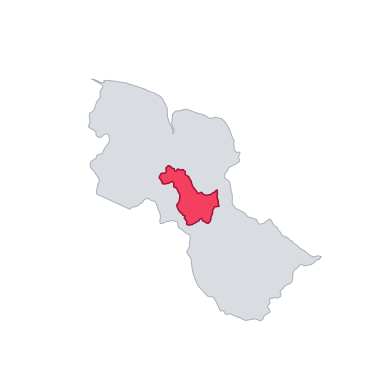 location of VIII-2 Lower Potaro/Ladsm, Potaro-Siparuni, Guyana, rotated 333°
{"feature_id": "73187651B19999842805850", "entity_name": "VIII-2 Lower Potaro/Ladsm", "entity_type": "district", "adm_level": 2, "iso_a3": "GUY", "parent_name": "Guyana", "parent_adm1": "Potaro-Siparuni", "projection": "robinson", "projection_center": [-59.037, 4.863], "detail": "fine", "context": "in_parent", "style": "filled", "palette": "rose", "viewbox_px": 384, "rotation_deg": 333, "n_neighbors": 0, "source": "geoboundaries", "source_scale": "gbopen_adm2", "svg_char_len": 9631}
<svg xmlns="http://www.w3.org/2000/svg" viewBox="0 0 384 384"><g transform="rotate(333 192 192)"><path d="M128.7,179.0L121.3,169.7L113.9,160.3L106.5,151.0L106.1,149.8L109.1,145.4L111.9,142.2L114.2,140.4L115.2,138.8L114.4,132.1L114.5,129.6L113.4,127.0L112.6,124.0L113.6,121.5L114.7,119.8L116.1,119.1L119.5,118.5L121.9,118.3L122.8,117.3L124.2,116.1L126.0,116.1L129.6,116.9L131.3,115.4L134.3,113.3L140.9,109.8L142.4,107.5L143.5,104.0L143.4,102.3L142.7,101.7L141.0,101.1L138.5,101.0L136.5,102.0L134.4,101.5L132.6,99.3L132.5,97.5L133.6,94.9L133.0,93.2L129.6,87.9L129.6,86.4L132.1,84.0L133.4,81.9L135.3,77.0L136.8,75.4L141.5,74.8L142.7,73.8L145.0,71.2L148.5,68.2L153.6,65.8L155.1,61.5L156.0,60.4L160.1,58.1L160.8,56.9L160.7,55.8L154.2,46.2L155.5,46.8L160.5,53.1L163.3,54.5L163.9,54.5L163.9,52.9L166.4,53.6L173.1,57.9L182.7,65.0L196.3,78.5L200.2,83.6L202.8,86.0L206.8,91.9L208.0,94.7L207.9,106.1L204.3,113.9L203.4,119.7L203.2,127.4L201.2,131.8L203.9,129.4L204.8,122.5L207.1,118.2L210.2,113.6L214.3,112.5L218.7,114.4L222.2,114.8L225.3,116.2L231.9,123.6L238.4,129.5L240.8,134.2L247.7,136.6L251.7,140.3L253.0,143.5L253.9,151.9L252.5,164.6L252.9,165.3L251.1,167.8L250.7,169.4L249.5,172.2L248.6,173.7L250.0,177.3L251.5,177.4L252.1,177.9L252.5,178.5L252.4,179.3L251.8,180.0L250.3,180.8L248.9,182.8L249.0,185.1L248.2,186.2L245.3,186.9L239.8,186.9L237.0,187.0L234.9,187.4L233.4,188.9L231.6,189.9L230.2,190.1L228.9,191.8L227.6,194.2L228.1,195.8L229.4,198.0L230.1,200.2L229.1,203.8L228.0,206.6L227.4,208.8L226.5,212.9L224.4,217.4L222.8,219.9L222.8,222.7L223.6,226.7L228.0,232.4L229.4,235.2L230.6,239.6L234.5,243.1L237.0,245.9L236.8,249.6L237.1,250.8L238.7,251.7L240.5,252.4L242.6,252.4L244.4,252.1L244.9,251.5L249.1,251.5L249.6,252.4L249.9,257.8L250.1,259.9L251.1,260.8L251.7,262.1L251.7,263.3L251.9,266.3L252.5,267.9L252.4,271.1L252.9,272.3L254.1,273.1L255.6,275.3L256.1,275.6L256.4,276.4L257.7,279.7L258.3,280.7L258.8,280.8L259.0,282.0L259.9,285.0L260.5,285.8L261.7,288.0L262.2,290.4L263.8,293.2L265.4,295.1L266.1,297.1L268.2,301.6L270.2,304.7L272.9,305.5L275.1,305.9L276.6,307.1L277.9,308.4L276.4,309.0L275.1,309.8L273.3,309.2L270.7,309.5L268.0,310.4L265.5,310.8L260.9,309.5L259.5,309.3L258.5,308.7L256.6,305.9L255.6,305.6L253.2,306.9L250.2,307.8L248.7,307.6L247.0,308.5L245.4,309.7L242.3,315.1L240.7,317.0L239.0,317.9L235.6,317.9L231.9,318.0L229.2,319.3L226.7,320.0L225.4,320.1L224.9,323.0L224.4,324.4L223.6,325.2L221.6,325.4L219.8,325.3L218.7,324.1L216.7,323.5L214.9,323.0L213.8,322.3L212.8,322.5L212.1,323.7L211.4,324.8L210.9,326.7L208.2,327.3L207.0,328.4L207.7,332.0L207.4,333.4L206.8,334.5L203.6,334.7L200.8,334.7L199.2,336.0L197.2,337.6L196.0,337.8L194.5,337.7L192.6,335.9L190.8,333.7L186.2,332.2L181.6,330.9L178.6,327.4L177.9,325.7L176.5,324.9L172.9,320.7L171.0,318.0L168.8,317.3L166.4,316.2L166.5,314.3L166.3,312.4L165.2,311.6L163.8,311.1L163.2,310.1L163.4,307.6L163.7,301.3L163.3,295.3L160.0,293.1L158.6,291.7L156.1,282.8L154.9,278.7L154.8,275.7L155.7,266.8L156.6,263.0L159.1,255.2L160.6,252.6L160.7,250.6L160.5,248.1L159.8,243.1L164.1,240.0L165.9,238.7L166.2,236.6L168.6,233.9L169.6,231.4L170.4,229.4L170.2,228.3L169.2,227.7L168.0,225.8L165.5,220.4L164.6,219.3L163.9,217.7L164.2,215.3L165.2,212.7L165.1,211.6L163.6,210.2L160.5,207.9L158.0,207.7L156.0,206.8L153.1,206.7L150.8,206.5L149.5,205.6L149.8,204.1L150.3,203.0L152.3,200.3L153.6,197.3L153.8,194.5L154.2,190.7L154.7,187.5L155.0,183.8L152.0,181.3L151.0,179.3L149.7,177.6L148.4,177.6L146.3,176.8L143.0,179.1L140.4,178.7L138.6,179.6L134.5,179.4L131.9,178.3L128.7,179.0Z" fill="#d9dde1" stroke="#a8b0b8" stroke-width="1"/><path d="M195.2,170.3L194.8,169.9L194.6,169.4L194.4,168.7L194.3,168.3L194.1,168.1L193.9,167.8L193.6,167.7L193.2,167.5L192.9,167.4L192.6,167.4L192.3,167.4L191.9,167.4L191.6,167.1L191.4,166.9L191.2,166.7L190.8,166.2L190.4,165.6L190.1,165.3L189.7,165.2L189.4,165.1L189.0,165.2L188.7,165.4L188.4,165.7L187.6,166.0L187.3,166.1L187.0,166.0L186.7,165.8L186.4,165.6L186.3,165.1L186.4,164.6L186.4,164.1L186.6,163.7L186.7,163.3L186.6,163.0L186.2,162.7L185.8,162.4L185.5,162.1L185.3,161.8L185.0,161.5L184.8,161.3L184.7,160.9L184.7,160.5L184.8,160.1L184.6,159.8L184.4,159.4L184.1,159.1L183.8,158.8L183.7,158.5L183.5,158.2L183.1,158.0L182.8,157.9L182.5,157.9L182.1,157.9L181.7,158.1L181.3,158.2L180.9,158.4L180.5,158.5L180.0,158.7L179.8,158.9L179.3,159.6L179.3,159.9L179.2,160.3L178.9,160.6L178.8,161.0L178.7,161.4L178.5,161.7L178.4,162.0L178.1,162.3L177.8,162.5L177.5,162.7L177.2,162.8L176.8,162.9L176.4,162.8L176.1,162.8L175.7,162.7L175.3,162.5L174.1,161.8L173.7,161.6L173.3,161.6L172.9,161.6L172.5,161.7L172.2,161.9L171.9,162.2L171.6,162.4L171.3,162.6L170.7,163.0L170.4,163.2L169.8,163.7L169.6,164.0L169.4,164.3L169.3,164.7L169.2,165.1L169.4,165.7L169.5,166.1L169.7,166.4L169.8,166.8L169.8,167.1L169.8,167.5L169.6,168.2L169.7,168.7L169.7,169.1L169.9,169.5L169.9,169.9L169.9,170.3L169.9,170.6L169.5,171.0L169.9,171.4L170.2,171.9L170.5,172.0L170.9,172.2L171.2,172.4L171.6,172.5L172.0,172.7L172.7,172.9L173.1,173.0L173.9,173.1L174.7,173.3L175.1,173.5L175.6,173.6L176.0,173.6L176.7,173.6L177.0,173.6L177.4,173.6L177.8,173.5L178.2,173.4L178.6,173.4L178.9,173.6L179.1,173.8L179.4,174.2L179.6,174.6L179.7,174.9L179.7,175.3L179.6,175.7L179.6,176.1L179.5,176.4L179.4,176.8L179.1,177.2L178.9,177.5L178.7,177.9L178.4,178.3L178.3,178.7L178.2,179.2L178.3,179.6L178.4,179.9L178.7,180.1L179.0,180.3L179.3,180.5L179.6,180.7L179.8,181.1L179.9,181.5L179.9,181.9L180.0,182.2L180.1,182.7L180.1,183.1L179.9,184.1L179.9,184.5L179.9,184.9L179.9,185.4L179.8,186.3L179.9,186.7L179.9,187.2L179.9,188.1L179.8,188.6L179.8,188.9L179.7,189.4L179.6,189.8L179.6,190.2L179.3,190.4L179.0,190.8L178.7,191.2L178.4,191.6L178.2,191.9L178.0,192.3L177.8,192.6L177.5,192.9L177.2,193.2L177.0,193.6L176.8,193.9L176.6,194.3L176.2,194.7L175.8,194.9L175.5,195.1L175.1,195.4L174.6,195.7L174.2,195.8L173.7,195.9L173.3,196.1L173.0,196.4L172.7,196.6L172.4,196.9L172.3,197.3L172.2,197.8L172.1,198.1L172.0,198.7L172.0,199.2L171.9,199.6L171.9,200.0L171.9,200.4L171.9,200.8L171.8,201.2L171.8,201.6L171.9,202.3L172.0,203.5L172.1,203.9L172.4,204.7L172.6,205.4L172.8,205.7L172.7,206.0L173.1,206.2L173.3,206.5L173.5,206.8L173.5,207.2L173.4,207.5L173.3,207.9L173.2,208.4L173.4,208.7L173.7,208.9L174.0,209.0L174.5,209.6L174.7,210.0L174.6,210.3L174.3,210.7L174.1,210.9L173.9,211.1L173.6,211.4L173.4,211.7L173.3,212.0L173.3,212.3L173.5,212.8L173.6,213.1L173.7,213.7L173.8,214.1L173.6,214.5L173.6,214.9L173.8,215.2L173.9,215.6L173.9,216.1L173.9,216.4L173.6,216.8L173.4,217.1L173.1,217.4L172.9,217.7L172.7,218.1L172.7,218.5L172.8,218.9L173.1,219.2L173.4,219.4L174.0,219.9L174.4,220.1L174.7,220.2L175.3,220.5L175.9,220.6L176.3,220.7L176.6,220.9L176.9,221.0L177.3,221.2L177.6,221.2L178.0,221.1L178.4,221.0L179.0,220.9L180.6,221.0L181.0,221.0L181.4,221.0L181.7,220.9L182.0,220.8L182.3,220.7L182.6,220.7L183.0,220.6L183.6,220.8L183.9,220.8L184.3,220.9L184.7,220.9L185.1,220.8L185.4,220.7L185.7,220.4L185.9,220.2L186.5,219.9L186.8,219.7L187.5,219.6L187.8,219.5L188.2,219.7L188.4,220.0L188.4,220.5L188.5,220.8L188.5,221.7L188.6,222.1L188.6,222.6L188.7,222.9L188.9,223.3L189.2,223.6L189.5,223.9L189.7,224.1L190.1,224.9L190.8,226.0L191.0,226.3L191.2,226.6L191.6,226.8L191.9,227.1L192.2,227.1L192.6,227.0L192.9,227.1L193.5,227.0L193.9,226.9L194.2,226.7L194.5,226.4L194.8,226.3L195.1,226.1L195.7,225.5L196.0,225.2L196.5,224.7L196.7,224.4L196.9,224.1L197.0,223.8L197.4,223.2L197.6,222.9L197.9,222.6L198.3,222.4L198.5,222.2L199.2,221.6L199.5,221.3L199.7,221.0L200.0,220.8L200.3,220.5L200.5,220.2L200.8,219.9L201.1,219.6L201.3,219.3L201.4,218.9L201.6,218.6L201.8,218.2L202.2,217.5L202.5,217.3L202.9,217.2L203.6,216.8L203.8,216.6L204.1,216.4L204.4,216.2L204.7,216.0L205.1,215.8L205.4,215.7L205.8,215.6L206.5,215.8L206.8,215.9L207.2,216.1L207.6,216.3L207.9,216.4L208.3,216.6L208.6,216.7L209.0,216.9L209.4,217.0L209.7,216.8L209.7,216.6L209.7,216.3L209.8,215.9L209.8,215.6L209.8,215.2L209.9,214.8L210.1,214.4L210.4,214.1L210.5,213.7L210.6,213.3L210.8,213.0L211.0,212.5L211.2,212.2L211.4,211.8L211.4,211.4L211.4,211.0L211.5,210.6L211.8,209.7L211.7,209.2L211.7,208.8L211.9,208.4L212.1,208.0L212.5,207.2L212.8,206.8L213.2,206.1L213.5,205.6L213.7,205.2L213.9,204.8L214.1,204.5L214.5,203.7L214.8,203.4L214.9,203.1L215.0,202.7L215.1,202.1L215.1,201.5L214.6,201.5L214.3,201.6L214.0,201.6L213.7,201.8L213.3,201.9L212.9,202.1L212.6,202.3L212.2,202.4L211.8,202.4L211.5,202.3L211.1,202.2L210.8,202.2L210.4,202.3L210.1,202.3L209.7,202.3L209.4,202.4L208.8,202.5L208.4,202.5L208.0,202.5L207.5,202.6L207.2,202.6L206.8,202.6L206.5,202.5L206.3,202.4L205.9,202.3L205.6,202.2L205.3,202.1L204.6,202.0L204.2,201.8L203.9,201.6L203.1,201.2L202.8,201.0L202.5,200.8L202.2,200.5L201.7,200.0L201.3,199.4L201.1,199.0L200.8,198.6L200.7,198.2L200.7,197.7L200.6,197.3L200.5,197.0L200.3,196.7L200.1,196.6L199.7,196.4L199.3,196.4L198.6,196.3L198.3,196.4L197.9,196.4L197.5,196.4L197.1,196.2L196.8,195.9L196.7,195.5L196.6,195.1L196.5,194.2L196.4,193.8L196.2,193.4L196.2,193.0L196.2,192.7L196.1,192.3L196.0,192.0L195.9,191.4L195.8,190.8L195.7,190.3L195.6,189.7L195.5,189.1L195.3,188.7L195.2,188.2L195.2,187.9L195.2,187.5L195.2,187.0L195.4,186.5L195.4,186.1L195.4,185.8L195.4,185.1L195.4,184.7L195.6,184.2L195.7,183.7L195.8,183.3L196.0,183.0L196.1,182.7L196.1,182.2L196.2,181.9L196.2,181.5L196.1,181.1L196.0,180.7L196.0,180.2L195.9,179.7L195.9,179.2L195.9,178.6L195.9,178.3L195.9,178.0L195.8,177.5L196.0,177.2L196.0,176.8L195.8,176.5L195.5,176.2L195.2,175.9L195.1,175.5L194.9,175.1L194.5,174.8L194.2,174.5L194.1,174.1L194.1,173.3L194.2,172.9L194.3,172.5L194.4,172.1L194.6,171.8L194.8,171.5L195.0,171.1L195.0,170.7L195.2,170.3Z" fill="#f43f5e" stroke="#9f1239" stroke-width="1.5"/></g></svg>